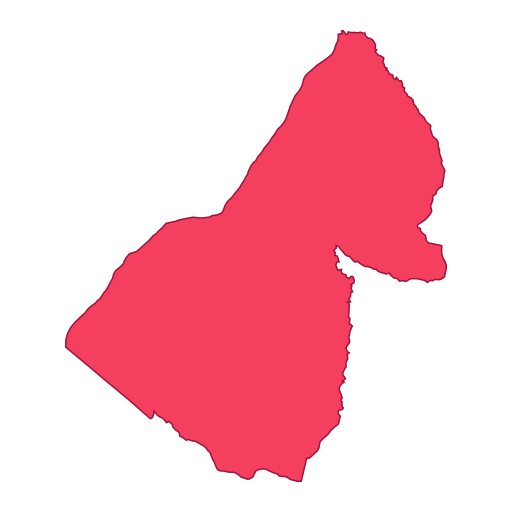 Araguacema, Tocantins, Brazil
{"feature_id": "56859067B99169235597900", "entity_name": "Araguacema", "entity_type": "district", "adm_level": 2, "iso_a3": "BRA", "parent_name": "Brazil", "parent_adm1": "Tocantins", "projection": "mercator", "projection_center": [-49.438, -8.91], "detail": "fine", "context": "isolated", "style": "filled", "palette": "rose", "viewbox_px": 512, "rotation_deg": 0, "n_neighbors": 0, "source": "geoboundaries", "source_scale": "gbopen_adm2", "svg_char_len": 4958}
<svg xmlns="http://www.w3.org/2000/svg" viewBox="0 0 512 512"><path d="M288.7,110.9L286.7,116.9L285.0,120.6L283.6,122.8L280.7,126.4L277.6,129.3L276.4,131.5L273.9,135.3L272.3,137.2L268.9,142.6L264.4,147.9L262.1,151.7L258.0,156.6L255.6,160.9L253.3,162.7L251.7,164.7L248.6,170.6L247.3,174.8L246.1,176.5L243.6,181.2L242.4,182.9L240.8,185.3L240.0,187.0L238.2,189.4L234.3,194.1L232.5,196.6L231.3,197.9L228.7,200.3L227.5,201.6L226.4,203.1L225.2,205.3L223.0,211.0L221.7,212.9L217.4,214.9L212.4,215.5L209.4,217.1L201.7,218.0L198.5,217.9L193.9,217.2L192.0,217.4L183.0,219.1L177.5,220.5L174.8,221.5L166.1,223.3L162.3,227.7L157.9,231.6L156.9,233.1L152.9,236.0L148.9,240.5L139.0,249.5L136.4,251.6L129.4,253.7L126.1,257.8L124.0,261.6L123.7,263.3L119.9,267.2L115.7,270.6L113.9,273.5L112.4,278.6L107.4,287.9L105.5,291.0L104.1,292.4L100.1,298.5L97.0,301.0L95.5,303.1L90.7,306.4L87.4,309.6L84.9,313.1L83.5,314.1L74.8,322.5L70.5,327.8L67.3,334.3L65.9,339.7L65.7,347.1L94.7,371.3L96.5,372.9L108.9,383.3L115.9,389.0L119.5,392.1L128.8,399.8L150.4,418.7L152.5,417.5L153.4,414.9L154.2,411.2L157.1,414.9L159.4,416.7L162.7,418.2L166.7,422.7L168.5,421.4L170.7,422.9L172.5,424.8L172.8,426.9L175.9,430.2L178.3,431.7L179.4,433.3L179.8,436.1L181.6,436.9L184.1,438.5L186.3,440.2L188.5,439.5L190.2,440.2L192.5,440.9L195.1,441.2L203.7,445.9L205.5,447.4L208.4,451.2L210.0,452.5L212.9,459.9L214.3,462.2L215.2,464.5L216.2,467.1L217.6,469.7L220.3,470.9L224.3,471.1L228.4,472.1L233.8,472.3L236.0,473.1L238.8,475.0L241.2,477.1L247.5,479.2L249.4,479.0L253.0,476.8L255.7,471.1L258.3,469.7L263.4,468.8L265.6,469.2L271.9,472.1L275.6,473.5L277.5,474.0L279.1,476.0L286.4,476.8L290.1,479.3L297.2,481.3L301.2,481.2L306.6,458.4L309.0,458.2L311.4,456.4L315.7,452.3L317.4,450.7L318.6,448.6L319.1,446.8L320.0,441.8L323.0,438.7L325.9,436.3L329.0,433.1L330.4,430.9L335.4,426.2L337.8,424.6L338.8,422.9L339.2,419.7L340.4,416.2L338.3,413.9L338.1,412.0L338.9,410.2L342.2,409.6L343.3,408.0L342.0,406.3L342.1,402.0L340.7,400.1L342.2,398.0L341.4,395.4L340.3,392.6L339.4,390.1L339.1,388.3L340.4,385.4L342.1,383.4L344.2,382.2L342.2,380.9L344.1,380.0L345.4,378.7L344.4,376.9L343.1,375.5L342.8,373.0L344.4,369.4L346.2,366.6L345.8,364.1L346.1,362.0L347.7,359.3L347.3,354.2L349.2,352.8L347.2,351.5L346.5,349.6L346.0,347.6L349.6,342.4L349.4,339.5L348.7,337.6L349.6,334.5L349.8,331.7L350.8,329.6L351.3,327.8L352.4,326.1L350.9,324.6L349.0,322.9L349.9,320.6L350.0,318.3L348.4,316.9L348.8,314.4L349.1,309.9L349.0,307.9L349.4,305.4L348.9,303.2L347.5,302.0L350.5,301.9L348.7,298.4L350.5,296.7L350.8,292.4L352.6,291.9L351.7,289.8L350.8,288.2L351.9,286.5L350.9,284.5L352.9,283.8L354.1,282.4L354.2,279.7L352.7,276.4L350.8,276.4L349.1,278.6L346.4,277.1L345.9,274.6L342.8,274.1L341.3,271.8L341.5,269.3L337.9,270.3L335.8,265.3L336.3,263.4L337.3,261.4L339.0,262.0L338.5,259.6L337.3,256.1L334.7,255.3L335.4,252.9L333.8,250.3L336.3,248.1L336.1,245.7L339.0,246.9L340.1,248.6L342.0,250.7L343.6,252.6L344.9,254.4L347.0,255.9L349.4,256.3L352.4,259.7L354.9,262.1L357.7,261.4L359.0,262.7L362.1,264.8L365.1,266.5L367.5,266.6L371.0,267.5L373.8,269.2L375.9,269.0L377.8,271.1L380.8,272.5L384.1,273.2L386.2,274.0L389.5,273.2L390.9,275.5L394.0,278.0L397.0,278.3L398.3,279.7L399.4,281.1L402.7,280.7L406.1,281.4L409.6,279.2L411.6,278.6L414.2,278.8L416.4,278.6L419.3,279.2L421.4,279.6L424.8,280.5L427.3,282.4L430.4,280.4L432.6,280.7L435.2,279.4L437.7,279.7L439.8,279.6L441.5,278.9L444.6,276.8L445.2,273.2L446.3,268.6L446.3,265.2L444.9,261.3L442.8,257.5L441.7,253.5L441.6,250.8L441.7,245.6L428.2,242.8L426.4,240.5L425.4,235.4L422.1,232.8L420.4,230.6L420.4,228.6L417.8,227.4L417.2,225.5L418.6,224.0L422.5,221.6L425.5,219.5L429.1,215.6L431.1,212.6L431.7,210.8L430.6,206.1L432.9,199.8L432.5,197.6L433.2,195.6L435.1,194.6L436.3,193.2L436.7,190.8L438.2,189.2L439.9,187.7L442.3,186.4L443.2,179.3L443.9,177.0L443.9,174.0L444.9,170.6L441.3,163.5L442.1,160.7L440.4,156.0L439.5,153.2L439.5,150.4L438.4,146.6L438.0,142.1L436.9,140.0L432.6,136.1L430.3,128.9L430.8,125.5L427.1,122.7L425.4,120.4L424.2,117.7L420.0,114.0L418.8,112.4L418.1,109.6L416.8,108.4L416.1,106.7L414.9,105.3L413.7,103.9L413.0,100.1L411.0,97.9L407.7,96.1L406.8,93.8L405.3,92.5L404.2,90.7L404.6,87.8L402.4,86.7L402.5,83.8L401.3,80.6L399.2,81.1L397.9,79.1L396.3,77.3L395.6,79.5L394.0,78.9L393.0,77.1L392.6,74.9L390.2,74.3L388.5,72.4L387.8,70.5L386.1,69.8L387.1,68.3L384.7,66.9L384.1,64.1L382.6,62.3L383.7,59.8L383.6,57.6L380.0,55.6L378.1,55.1L376.5,53.1L375.1,52.0L376.7,49.8L374.9,48.8L375.5,47.2L375.3,44.6L374.7,43.0L373.4,41.1L372.1,39.5L370.0,38.3L367.9,38.1L365.5,35.7L364.9,33.1L362.4,33.1L360.6,32.2L357.6,32.8L355.2,32.5L351.4,32.5L348.1,31.9L347.8,33.9L345.9,34.4L344.6,32.5L343.3,30.7L341.6,31.0L342.3,33.5L338.1,34.3L338.4,36.6L337.6,41.4L336.1,44.3L334.1,50.4L331.9,54.4L326.3,58.9L316.6,65.5L314.9,67.2L306.8,74.2L305.3,76.0L304.0,78.3L301.8,86.2L299.3,90.7L295.3,95.5L293.8,98.6L291.8,102.7L291.0,104.9L290.1,106.5L288.7,110.9Z" fill="#f43f5e" stroke="#9f1239" stroke-width="1.5"/></svg>